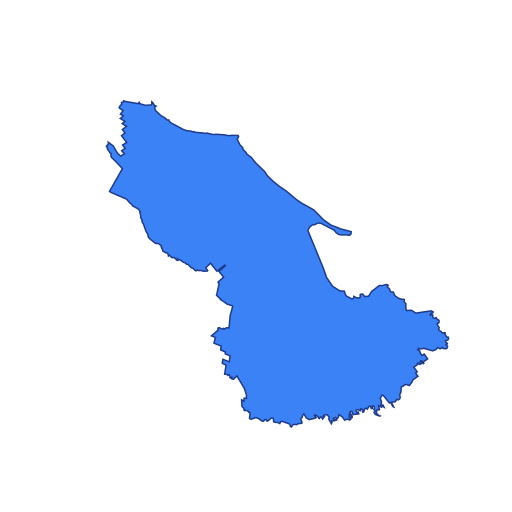 Pajapan, Veracruz, Mexico, rotated 322°
{"feature_id": "50627088B83273722146736", "entity_name": "Pajapan", "entity_type": "district", "adm_level": 2, "iso_a3": "MEX", "parent_name": "Mexico", "parent_adm1": "Veracruz", "projection": "equal_earth", "projection_center": [-94.667, 18.219], "detail": "fine", "context": "isolated", "style": "filled", "palette": "blue", "viewbox_px": 512, "rotation_deg": 322, "n_neighbors": 0, "source": "geoboundaries", "source_scale": "gbopen_adm2", "svg_char_len": 6112}
<svg xmlns="http://www.w3.org/2000/svg" viewBox="0 0 512 512"><g transform="rotate(322 256 256)"><path d="M346.0,295.4L339.8,287.3L334.0,277.6L331.5,269.1L329.9,255.2L324.5,242.4L322.6,236.5L319.8,223.3L317.2,215.3L315.4,207.2L314.4,199.7L314.8,194.5L313.1,182.7L313.0,175.3L311.5,170.2L311.9,168.0L311.5,165.4L311.7,163.0L312.3,162.2L311.8,158.5L313.1,152.4L315.8,151.2L316.1,150.0L311.6,146.3L308.6,144.4L305.4,140.8L299.7,135.7L297.1,134.0L292.8,128.7L291.5,128.2L289.8,126.2L284.6,121.5L283.7,119.8L282.2,118.8L282.0,118.0L278.5,114.4L276.8,111.9L270.9,98.6L270.6,96.0L271.1,95.2L269.8,94.2L269.3,91.1L267.6,87.1L266.4,79.6L266.8,78.0L268.2,75.9L269.5,76.3L268.6,74.5L269.1,72.3L268.8,70.4L267.3,72.3L266.3,72.4L261.6,69.1L258.8,65.3L258.2,63.6L259.2,62.5L257.3,63.7L248.2,53.8L247.5,52.3L246.4,52.8L244.4,52.3L243.5,54.1L243.6,53.7L241.2,54.0L239.7,54.7L239.4,55.3L240.8,59.6L236.5,60.7L237.7,64.0L233.7,64.1L235.6,69.2L232.1,69.3L233.8,74.1L228.6,74.1L228.5,78.3L224.1,78.4L224.0,86.9L219.2,86.4L219.2,90.6L214.9,90.4L215.4,94.5L210.7,93.9L210.2,88.8L211.3,81.4L209.6,75.4L208.8,76.8L205.6,77.4L205.7,79.2L205.0,79.7L204.7,80.7L204.8,82.9L204.4,84.5L204.9,86.1L203.2,87.9L202.8,89.4L203.6,94.8L204.5,104.9L180.3,114.9L180.8,116.5L189.0,131.5L189.3,136.9L189.9,138.8L189.5,140.2L192.3,146.8L191.9,149.8L191.3,150.1L190.6,152.1L188.8,154.8L188.2,158.0L187.5,158.4L187.0,160.1L187.1,161.1L184.5,168.8L184.1,172.2L182.7,175.0L183.0,177.7L184.6,184.2L187.1,186.6L187.5,190.2L186.8,190.7L186.9,191.3L186.3,192.2L186.4,193.2L185.6,194.8L186.8,197.7L188.2,199.5L187.0,202.1L188.2,202.1L188.6,205.0L189.1,205.9L190.6,206.7L191.1,210.8L191.7,210.8L192.3,210.0L192.3,211.5L193.5,211.8L193.9,212.5L194.8,215.9L196.0,217.9L196.2,219.6L197.3,220.8L197.7,225.3L198.8,226.9L199.1,229.5L199.6,230.8L201.2,230.9L201.8,232.2L203.7,233.5L205.2,235.7L208.4,237.9L209.0,237.7L209.1,234.4L215.7,233.6L215.8,243.9L225.8,243.9L225.8,244.8L217.3,245.3L217.5,252.7L210.1,253.2L209.7,253.6L209.8,255.2L200.7,262.7L201.5,268.0L201.2,268.1L203.7,276.3L206.7,280.6L206.7,281.3L198.7,287.3L190.5,296.1L190.0,295.3L187.8,294.2L186.5,294.4L186.0,293.1L184.8,293.3L182.7,289.6L181.6,289.4L181.0,290.1L180.9,291.0L171.7,291.5L173.9,295.2L169.2,298.8L173.1,305.5L170.3,308.3L172.8,312.8L171.5,314.1L174.1,318.7L169.8,322.9L166.3,317.0L163.4,319.7L165.2,323.6L158.5,329.8L160.4,331.7L160.4,332.8L161.8,333.0L161.4,335.1L160.6,335.6L161.5,337.6L163.0,336.1L161.3,337.9L162.4,339.3L167.1,338.7L165.4,352.7L163.2,359.1L160.8,362.3L159.1,360.7L157.2,363.0L156.1,360.5L152.7,365.4L152.3,366.2L152.7,368.0L151.6,370.5L153.7,372.3L154.3,374.0L154.1,374.7L154.7,375.5L153.6,377.3L151.1,379.7L150.8,380.2L151.2,381.1L152.0,381.8L156.4,383.2L157.9,385.6L159.2,390.0L160.2,390.8L162.1,390.4L163.2,391.0L163.0,392.7L163.4,393.2L166.3,393.3L167.4,392.8L169.2,393.7L169.5,394.5L169.1,395.7L168.0,397.2L168.2,398.3L170.7,400.7L171.6,402.7L173.3,401.8L174.3,401.9L175.2,403.1L178.9,408.8L178.9,410.1L178.1,411.4L178.7,412.6L180.7,411.8L182.2,412.0L184.3,414.0L185.9,414.1L189.1,416.0L189.8,415.5L190.8,412.3L191.4,411.7L193.1,411.6L194.2,410.6L196.3,409.8L196.6,410.3L195.9,414.3L197.1,417.6L202.8,420.3L203.9,420.3L203.8,417.7L204.8,417.5L206.0,420.5L205.6,422.7L206.0,423.2L206.9,422.6L208.1,422.8L208.5,423.4L208.2,425.5L211.1,424.7L210.5,423.5L211.3,423.1L214.3,424.8L214.5,427.7L212.9,429.4L212.1,434.6L213.3,434.0L214.3,432.5L216.4,434.2L218.2,434.7L216.8,432.6L216.9,431.5L219.2,432.1L219.3,433.9L220.1,434.1L221.7,433.7L223.7,432.1L225.0,436.0L224.8,439.9L227.8,440.9L228.6,442.8L230.1,443.0L230.4,440.1L232.0,438.2L232.9,440.3L232.4,441.3L231.5,441.1L231.8,442.5L232.4,442.5L233.0,441.7L233.7,437.0L235.1,436.8L235.9,437.7L234.8,440.7L239.8,443.7L240.5,441.9L239.2,441.9L239.5,439.9L240.3,439.0L242.2,440.3L242.8,442.1L243.8,441.9L244.3,441.0L245.2,441.8L245.4,443.8L244.2,444.1L244.1,445.0L245.1,445.1L247.2,443.4L249.3,443.8L249.4,445.2L252.8,444.0L253.6,444.9L253.0,447.1L253.7,447.8L255.5,445.7L256.2,446.4L256.4,447.5L255.8,448.6L254.3,449.6L254.6,451.0L254.2,451.6L252.7,451.8L252.5,454.4L254.9,458.3L255.3,458.4L254.3,456.4L254.2,454.5L254.8,453.1L256.6,451.8L258.6,453.1L260.5,449.5L261.9,452.5L263.1,451.7L263.8,453.8L264.4,451.9L262.8,450.2L265.1,448.3L266.3,444.6L269.8,443.2L270.5,444.6L270.6,453.9L272.0,454.4L271.1,458.8L271.6,459.7L272.6,454.6L276.1,456.6L278.5,455.6L279.6,457.0L281.1,457.1L282.6,456.2L283.9,453.7L286.6,452.4L289.8,448.6L291.8,449.2L294.0,449.0L295.4,449.9L297.1,452.5L301.3,451.4L303.4,450.2L309.6,450.5L309.7,446.4L311.7,446.5L311.9,440.8L317.0,441.0L317.1,440.0L317.9,440.1L318.6,440.5L318.4,442.3L319.7,442.6L320.7,442.0L320.6,440.1L321.2,440.0L322.2,441.0L321.2,442.5L321.4,443.8L322.1,443.9L322.5,442.5L327.9,442.7L328.2,436.8L325.5,436.6L325.7,433.9L326.5,431.8L325.8,429.5L326.9,429.7L327.3,429.0L327.7,430.1L331.5,432.2L336.8,439.5L340.0,440.5L342.9,440.0L343.9,442.5L346.7,442.9L346.5,444.1L348.7,446.1L349.6,446.3L351.3,445.3L351.2,442.8L352.7,443.1L353.0,442.7L352.4,441.1L353.0,439.5L355.6,440.3L356.7,439.8L357.6,438.5L356.7,437.6L356.5,436.5L356.8,433.3L357.6,433.3L357.8,432.9L355.3,431.3L355.4,429.6L354.6,427.7L354.9,425.9L356.2,425.4L356.5,422.4L357.3,420.7L359.0,421.3L360.6,419.4L359.8,417.3L360.0,415.4L358.5,415.1L357.7,414.2L357.7,413.0L358.9,411.4L358.8,410.6L357.2,410.3L356.9,409.6L358.4,408.9L360.6,409.6L361.2,409.0L360.3,407.1L346.8,399.4L345.1,394.5L341.0,391.6L342.1,389.2L344.7,385.9L344.6,383.2L346.1,381.6L345.8,380.9L344.4,380.2L342.2,376.8L341.2,373.3L341.0,372.4L341.9,369.3L341.8,368.6L340.2,367.4L340.1,366.4L340.9,364.4L340.5,361.0L342.0,360.5L342.1,359.8L340.9,358.5L337.7,357.3L335.0,355.2L325.4,355.1L319.9,357.0L317.0,355.0L316.6,354.1L316.6,351.7L315.7,350.9L314.4,350.5L312.7,352.7L311.3,352.6L309.1,350.2L308.3,348.1L306.7,349.4L305.2,348.9L302.8,343.8L302.6,341.7L304.0,338.1L300.5,335.0L297.7,327.0L298.4,316.4L301.6,306.9L312.6,267.7L315.7,266.4L318.7,266.1L319.9,266.3L321.1,267.3L325.2,268.2L327.3,270.2L333.5,283.8L333.5,287.1L334.4,289.9L336.4,292.1L340.2,294.9L342.4,297.3L344.6,297.0L346.0,295.4Z" fill="#3b82f6" stroke="#1e3a8a" stroke-width="1.5"/></g></svg>